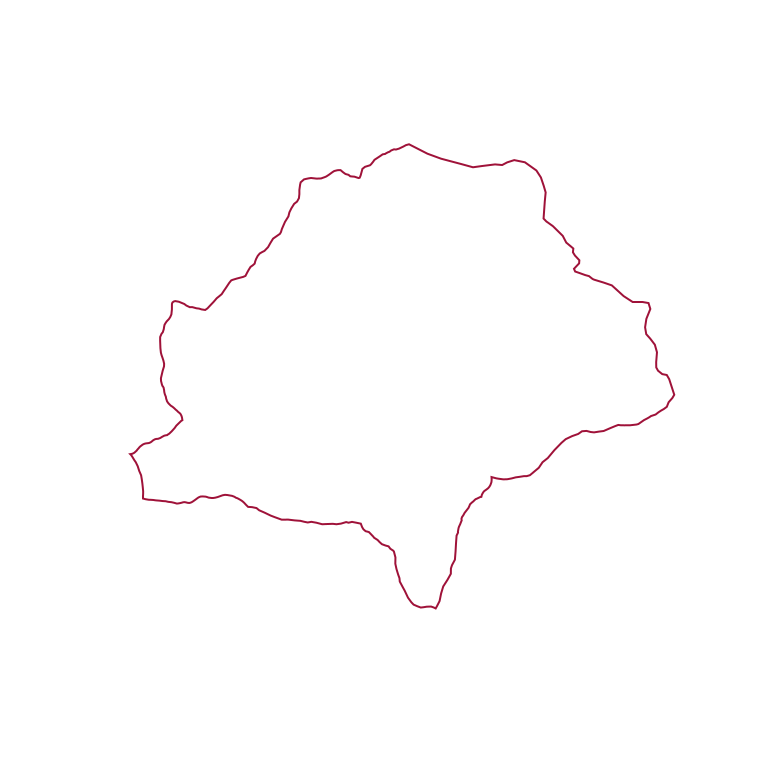 outline of Metsho, Lhuntshi, Bhutan, rotated 145°
{"feature_id": "84629894B9266041490873", "entity_name": "Metsho", "entity_type": "district", "adm_level": 2, "iso_a3": "BTN", "parent_name": "Bhutan", "parent_adm1": "Lhuntshi", "projection": "albers", "projection_center": [91.092, 27.547], "detail": "fine", "context": "isolated", "style": "outline", "palette": "rose", "viewbox_px": 768, "rotation_deg": 145, "n_neighbors": 0, "source": "geoboundaries", "source_scale": "gbopen_adm2", "svg_char_len": 5878}
<svg xmlns="http://www.w3.org/2000/svg" viewBox="0 0 768 768"><g transform="rotate(145 384 384)"><path d="M152.4,208.7L147.6,224.4L147.2,229.2L150.4,232.5L151.9,237.7L151.5,241.4L148.5,245.8L142.2,253.4L139.6,260.8L139.9,268.5L140.6,274.4L137.6,280.7L131.7,286.9L122.8,292.7L120.9,298.6L125.3,303.0L133.3,308.6L137.3,318.6L140.8,334.1L145.9,341.1L152.0,348.9L152.9,350.4L154.2,354.8L156.7,357.8L160.3,362.9L162.9,366.5L162.3,369.4L155.0,370.9L153.0,373.3L153.9,379.7L153.7,383.5L151.2,386.4L153.6,395.3L152.6,402.8L155.1,416.4L157.8,424.1L158.4,428.0L147.6,441.3L141.7,448.2L139.5,454.7L137.0,463.2L136.7,471.5L141.4,484.8L148.9,492.7L156.0,494.9L161.6,495.6L167.1,500.2L178.8,506.4L186.8,510.5L194.6,519.9L208.0,535.8L216.3,547.7L226.0,566.0L229.1,567.1L231.9,567.4L236.7,568.2L239.7,569.2L241.2,570.5L244.2,571.2L246.3,571.1L247.7,571.5L249.9,571.8L251.1,571.8L253.4,572.9L256.2,572.9L260.1,573.0L263.2,573.1L265.4,572.3L268.5,571.4L270.0,571.2L275.0,572.8L278.3,572.6L279.6,571.5L282.0,569.5L283.3,568.4L284.8,567.4L285.7,566.9L286.7,567.3L287.9,568.9L289.3,570.8L290.9,572.1L292.5,573.5L293.1,575.7L295.1,578.1L296.1,581.0L296.9,584.1L298.3,585.1L299.7,585.9L302.6,587.0L304.5,587.1L309.2,587.0L312.2,587.1L313.7,587.4L317.7,588.5L321.4,590.9L325.6,594.6L327.8,595.7L330.4,596.8L332.2,597.5L334.7,597.2L336.6,597.0L338.4,595.4L342.1,591.4L344.4,588.1L347.1,585.0L350.6,583.3L354.3,583.1L359.2,581.0L363.0,578.9L366.2,576.1L372.1,573.6L378.8,569.5L381.2,567.6L383.1,566.7L385.8,566.7L388.4,566.7L391.5,566.7L395.9,564.8L400.5,562.6L405.6,561.6L408.4,562.0L410.9,562.2L413.9,561.4L417.0,559.8L419.2,558.3L420.9,556.8L423.5,556.5L426.1,556.5L429.2,555.2L431.9,553.9L435.5,552.0L437.9,552.5L441.1,553.7L444.1,554.8L448.1,556.1L449.7,556.5L452.8,555.6L457.9,553.6L461.9,552.1L465.4,550.7L468.8,550.4L471.8,550.2L476.5,549.0L480.0,548.3L485.3,547.2L488.0,547.2L490.7,549.8L492.2,551.8L494.2,553.6L497.0,557.0L499.0,558.3L500.9,561.6L501.7,564.1L504.9,569.1L507.5,571.7L509.0,572.2L510.6,572.1L511.8,571.2L515.0,566.7L518.2,563.0L520.6,561.5L522.8,560.6L526.2,559.9L527.8,559.3L529.8,558.4L531.4,556.9L533.0,555.2L535.5,553.3L537.5,552.7L540.4,550.9L542.4,548.1L546.6,541.6L548.8,537.6L549.7,535.1L550.3,532.9L551.3,529.6L552.5,526.7L554.1,524.6L557.7,521.8L563.4,516.7L564.9,514.4L565.5,512.8L566.1,511.3L566.6,509.6L566.5,508.6L566.7,507.2L567.2,506.2L567.5,505.4L568.0,504.5L568.6,503.4L569.0,502.4L569.4,501.3L569.8,499.6L570.0,498.7L570.4,497.9L570.9,496.8L571.2,495.6L571.6,494.5L571.7,492.8L571.6,491.4L571.3,489.8L571.1,488.6L570.4,486.9L570.0,485.6L569.6,483.9L569.4,482.7L568.9,480.9L568.7,479.5L568.3,478.1L568.0,477.0L567.9,476.1L568.1,474.4L568.5,473.0L568.9,472.0L569.9,470.0L571.3,470.1L575.0,469.5L578.0,469.0L580.8,468.0L585.1,467.0L588.5,466.5L589.9,466.6L590.9,466.5L591.9,467.0L593.6,467.7L596.1,468.0L598.2,468.1L599.4,468.4L600.5,468.7L602.2,469.7L603.4,470.1L605.3,470.3L606.3,470.2L607.6,470.1L608.7,470.1L610.5,470.5L613.1,471.9L614.4,472.4L615.3,472.6L616.7,472.8L617.7,472.7L619.1,472.7L620.5,472.5L621.9,472.1L623.7,471.7L624.8,471.3L626.4,471.1L627.8,470.9L629.1,471.0L630.4,471.3L632.1,472.1L631.9,471.0L631.9,469.1L632.2,464.7L632.2,462.3L632.9,457.9L634.4,453.1L635.3,448.6L637.0,445.0L639.0,441.1L640.7,438.0L642.8,434.3L644.3,432.2L646.1,429.9L647.1,428.4L646.5,427.7L645.6,426.6L644.4,425.4L643.2,424.2L641.1,422.6L639.6,421.4L637.7,419.6L634.8,417.2L632.6,415.2L630.1,413.2L628.4,411.3L625.9,409.1L624.0,407.0L622.3,404.9L621.3,404.3L619.6,403.5L617.8,402.8L616.3,402.3L615.1,401.6L614.1,400.6L613.1,399.4L612.2,398.6L611.3,398.0L609.5,397.5L608.0,397.4L605.0,397.4L601.7,397.5L600.5,397.4L599.6,397.2L598.8,397.0L597.0,395.9L594.8,394.1L594.0,393.2L592.8,391.5L590.5,389.4L589.3,388.6L587.5,387.7L585.1,386.8L583.3,386.3L581.8,385.9L580.0,385.4L577.8,384.4L576.0,382.9L574.9,381.8L572.6,379.5L571.8,378.3L571.2,377.4L570.5,375.7L569.6,374.5L568.9,373.1L568.1,371.4L567.4,369.7L567.1,368.7L566.7,367.0L566.3,364.0L565.8,361.3L562.7,358.8L559.6,355.5L558.7,352.2L555.6,347.1L552.3,341.2L549.8,337.5L545.6,331.5L540.3,327.9L535.4,323.5L531.0,319.9L528.2,316.7L525.9,314.3L522.6,312.8L518.9,309.1L515.1,304.6L511.8,302.5L506.1,298.8L503.4,296.4L499.3,294.3L494.2,292.6L492.6,290.7L489.3,289.4L486.0,286.0L483.1,282.9L484.0,279.4L484.2,276.8L483.5,274.0L481.3,271.4L480.3,265.1L480.3,263.8L478.7,259.9L478.3,257.1L477.6,254.0L475.4,250.8L473.4,248.4L473.3,245.4L472.0,242.1L472.0,241.0L474.1,235.4L477.8,230.3L479.9,225.3L481.7,219.8L482.7,216.1L484.4,213.1L485.2,206.5L485.6,202.8L486.9,195.2L486.8,189.6L486.3,186.3L484.3,183.0L482.1,179.8L479.7,178.5L476.6,177.0L473.1,174.7L471.5,172.5L470.4,170.5L467.7,171.8L463.0,174.3L457.3,179.7L451.6,184.2L444.3,187.2L438.1,190.2L435.0,194.5L432.2,196.6L426.7,199.4L421.5,205.7L416.3,212.3L411.5,218.2L408.6,219.8L408.1,220.7L407.0,221.8L405.6,223.2L404.4,224.1L401.8,225.6L400.8,226.3L399.4,227.2L398.6,227.7L397.9,229.1L396.5,230.2L394.3,231.0L392.7,231.8L391.9,232.2L389.6,232.9L388.3,233.3L385.7,234.1L384.6,234.8L383.7,235.3L382.6,236.1L380.0,236.5L378.3,236.6L376.0,237.0L375.0,237.1L373.7,236.8L371.8,236.5L369.9,236.2L369.0,235.7L367.4,237.1L365.9,237.9L363.9,238.7L362.5,238.8L360.5,238.8L358.5,238.9L356.6,239.4L355.5,239.9L354.5,240.4L353.4,241.2L352.4,241.9L351.4,243.0L350.4,244.3L349.3,246.1L346.1,242.3L344.7,240.9L340.9,237.4L337.5,235.2L333.5,233.4L329.7,232.0L326.0,230.1L322.1,228.2L320.0,226.7L316.8,225.6L305.2,226.6L299.0,229.0L292.3,229.4L282.3,232.1L272.4,234.0L266.8,234.6L259.7,233.4L253.6,231.7L248.9,231.7L245.0,229.4L242.3,226.2L239.7,223.9L235.0,221.6L231.0,219.5L224.1,218.1L218.7,216.9L215.6,216.1L213.6,214.3L210.8,212.3L206.0,209.0L200.5,206.0L198.6,205.3L195.2,205.3L191.8,205.3L188.0,204.8L185.6,204.6L183.7,204.6L179.0,203.2L175.4,203.4L172.3,203.3L169.1,203.0L165.4,203.1L161.3,205.8L155.9,207.1L152.4,208.7Z" fill="none" stroke="#9f1239" stroke-width="2"/></g></svg>